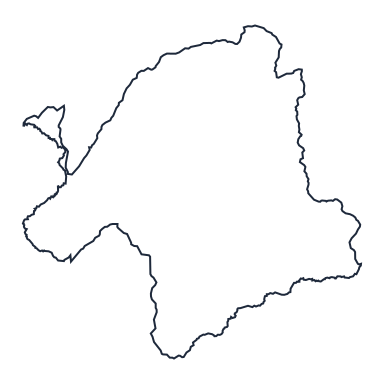 the district of Pensilvania, Caldas, Colombia
{"feature_id": "7082276B91355004650478", "entity_name": "Pensilvania", "entity_type": "district", "adm_level": 2, "iso_a3": "COL", "parent_name": "Colombia", "parent_adm1": "Caldas", "projection": "albers", "projection_center": [-75.149, 5.404], "detail": "fine", "context": "isolated", "style": "outline", "palette": "slate", "viewbox_px": 384, "rotation_deg": 0, "n_neighbors": 0, "source": "geoboundaries", "source_scale": "gbopen_adm2", "svg_char_len": 5868}
<svg xmlns="http://www.w3.org/2000/svg" viewBox="0 0 384 384"><path d="M23.5,125.6L24.2,125.7L25.3,123.5L26.9,125.0L27.6,123.7L29.0,123.4L30.6,124.3L34.1,124.8L35.1,125.8L34.2,126.7L34.3,127.3L37.1,127.3L38.1,129.1L39.3,128.7L40.2,129.6L40.2,130.9L41.3,131.5L42.3,133.5L43.9,133.2L46.1,135.3L48.5,135.9L48.6,138.0L50.0,137.8L50.2,139.0L51.7,139.0L52.3,140.0L53.1,139.1L54.4,139.1L54.6,140.7L55.8,141.2L57.3,143.8L58.2,147.5L60.3,146.7L61.5,147.8L62.8,147.2L65.0,149.4L65.3,151.1L65.3,152.1L63.5,154.2L63.9,155.5L62.3,158.1L59.8,158.6L59.3,160.7L58.1,162.3L59.2,163.2L59.6,165.0L63.1,168.6L63.3,169.5L65.0,170.7L66.2,176.6L65.6,183.6L63.7,183.3L63.3,185.3L61.8,185.6L60.8,187.2L59.3,187.3L58.4,186.2L57.9,186.4L58.1,190.8L57.6,192.1L56.7,192.5L56.9,193.5L56.4,194.2L55.3,193.9L54.8,194.3L55.3,194.9L54.4,196.3L53.9,196.6L53.3,196.2L53.0,197.2L51.3,196.4L50.2,198.7L49.4,197.9L48.2,198.4L47.1,200.2L44.1,203.0L40.7,204.5L38.9,206.7L36.9,206.3L36.3,208.2L34.8,208.7L35.5,209.4L35.1,210.5L34.0,211.0L33.8,214.2L31.6,214.8L29.9,216.2L27.9,216.3L27.4,217.7L27.9,219.2L25.0,219.4L24.1,220.3L23.0,223.3L23.7,223.6L23.5,224.4L24.3,225.1L23.9,226.7L24.3,227.6L25.2,228.7L26.7,229.1L24.8,232.3L25.4,233.9L26.7,235.0L26.1,236.1L26.9,236.8L26.7,237.5L27.5,239.1L29.2,240.0L32.5,243.9L32.9,245.1L35.4,247.0L35.3,247.8L36.7,248.3L38.5,250.2L40.2,251.2L42.1,250.5L43.1,251.4L44.1,250.5L44.7,251.0L48.6,251.3L51.7,252.7L53.0,255.8L54.3,257.3L55.8,257.6L58.1,260.5L63.9,261.1L64.4,259.9L68.7,257.5L70.4,255.3L71.0,261.6L81.1,249.5L83.2,248.6L84.7,246.0L93.3,241.0L95.2,237.8L99.2,235.6L99.8,234.2L100.0,231.1L102.0,229.1L104.8,226.9L107.3,226.7L110.2,224.5L112.6,224.0L117.5,224.0L117.3,226.8L118.1,228.0L123.8,233.0L127.1,234.0L131.1,242.6L131.2,244.3L134.2,246.0L137.2,246.2L141.5,254.3L149.0,255.3L150.1,256.7L150.4,274.1L151.5,276.1L153.5,277.6L156.4,282.4L155.2,285.1L152.2,288.1L150.9,293.5L151.0,296.4L151.9,299.4L155.7,303.5L155.7,307.9L156.6,309.6L156.7,312.2L153.9,319.6L155.5,328.4L150.8,333.5L152.5,336.7L154.0,342.0L160.7,350.5L161.8,353.8L163.0,354.4L166.9,354.6L169.7,357.6L172.5,357.7L174.0,358.5L178.6,355.6L180.1,355.8L182.1,357.2L183.7,357.0L186.5,352.5L189.9,350.2L190.8,346.8L193.6,345.2L193.0,342.5L196.5,339.9L196.9,338.8L198.6,338.3L199.5,336.6L203.3,334.6L204.7,334.8L208.2,333.4L212.1,334.2L213.9,335.3L214.4,336.2L216.2,336.1L217.9,334.7L219.8,334.9L221.5,334.1L222.7,332.5L222.6,330.9L223.4,329.1L224.3,328.6L224.6,327.6L227.1,326.9L227.7,326.0L227.4,322.1L228.2,320.8L228.3,319.0L230.6,318.7L231.1,316.9L232.5,318.0L235.0,317.2L235.7,315.7L234.7,314.5L234.8,313.4L236.6,312.2L237.4,310.4L237.3,309.2L238.0,308.3L240.5,308.1L248.0,305.8L252.4,307.1L254.3,305.7L256.0,306.5L258.7,305.4L260.0,305.7L261.6,303.9L263.2,303.5L263.6,301.9L264.7,300.8L264.2,299.2L264.9,296.2L266.8,295.9L266.8,294.2L268.5,294.2L270.2,293.1L273.0,293.8L275.1,292.4L281.7,294.7L284.3,294.8L287.4,293.9L288.8,292.5L290.4,292.1L290.6,288.7L294.0,282.9L295.9,282.9L296.9,281.7L298.0,281.9L298.5,281.2L299.4,281.6L299.6,279.9L300.8,278.5L301.8,278.8L303.3,278.2L303.7,279.7L305.9,280.0L309.1,278.9L310.9,279.3L312.2,278.9L312.3,280.5L314.2,280.0L315.5,281.2L316.2,280.6L317.1,281.1L318.4,280.6L318.9,281.2L320.8,281.5L323.9,279.2L324.9,279.2L325.4,278.1L327.3,277.6L329.6,278.2L330.2,277.4L331.9,277.1L334.7,277.7L335.0,278.4L335.8,278.5L337.4,276.3L340.7,276.4L341.4,277.1L344.1,276.4L344.6,277.5L349.0,278.0L350.0,277.1L353.1,276.3L354.9,273.8L356.4,274.2L358.9,269.2L359.3,267.3L360.8,265.6L361.0,263.8L359.2,264.4L357.9,263.8L355.2,259.0L355.1,252.0L353.9,250.1L350.8,248.1L349.5,242.3L351.6,238.3L356.0,233.6L358.0,229.4L359.9,226.7L360.2,224.6L357.9,220.8L356.4,219.9L355.3,217.5L353.1,215.7L350.0,214.2L345.6,213.3L342.5,211.1L341.6,209.3L342.4,206.2L341.3,202.6L337.2,199.5L335.1,199.2L332.9,200.9L331.3,200.4L328.0,200.7L326.4,201.5L326.0,200.9L322.2,200.5L321.2,200.7L320.3,201.7L318.6,201.6L314.0,199.7L308.3,193.3L308.1,191.2L307.1,189.3L308.5,184.7L308.6,182.9L307.8,181.3L308.5,179.1L306.7,176.3L306.5,173.7L304.4,171.3L305.4,166.9L304.2,165.1L299.9,162.1L300.5,159.3L303.0,158.2L302.3,152.5L304.2,150.5L303.2,148.2L299.1,145.4L297.7,142.6L298.3,139.2L300.3,136.2L301.2,135.9L301.6,134.7L298.9,132.2L299.4,129.5L298.8,125.9L299.1,123.4L296.9,119.4L296.5,116.1L297.4,114.8L297.2,111.6L295.8,110.1L296.3,108.7L295.6,107.2L298.2,104.7L297.2,100.2L298.2,98.3L299.4,97.4L302.2,97.0L304.7,94.1L303.8,90.4L304.3,85.6L303.7,83.0L302.7,81.1L301.1,79.7L301.8,77.3L300.9,74.2L301.9,71.1L301.8,69.6L298.6,69.2L294.2,70.9L293.2,73.0L291.2,73.6L286.6,73.7L278.5,77.7L276.8,77.3L276.1,72.2L274.6,70.9L275.3,68.8L275.0,67.9L276.3,65.6L275.4,62.7L278.7,57.4L279.0,51.0L279.8,49.0L281.2,47.5L281.5,44.5L279.6,43.5L276.0,37.0L272.3,34.6L271.6,33.1L266.6,31.1L263.7,28.1L255.0,25.5L251.9,26.5L248.0,26.2L243.8,27.4L244.7,30.3L244.5,32.2L241.3,34.5L241.0,37.7L239.5,41.7L237.1,44.0L235.3,43.9L232.6,42.3L229.0,41.6L227.7,42.0L225.5,40.2L222.6,40.1L219.0,41.1L216.7,40.6L211.3,43.4L210.2,42.9L203.4,43.1L200.2,45.0L190.9,46.9L188.6,48.6L185.1,48.3L179.2,52.4L175.7,53.7L166.9,53.6L163.5,55.2L160.8,57.2L159.0,62.0L155.7,66.1L155.5,67.3L152.4,69.5L151.2,69.7L148.0,68.1L143.8,70.9L141.4,70.8L138.2,72.8L137.1,74.6L136.7,77.9L132.8,79.7L129.9,84.8L126.6,88.4L123.9,94.0L122.5,100.2L118.9,102.8L118.7,105.2L116.3,108.1L113.2,115.8L111.4,117.8L110.3,120.3L105.5,122.6L102.4,125.0L101.5,126.9L101.4,129.2L97.8,133.4L97.0,135.5L97.3,138.2L93.7,144.0L92.1,145.2L91.2,147.5L89.1,147.3L89.7,149.9L86.4,155.5L84.1,158.1L79.1,166.3L71.9,174.5L67.8,173.9L67.9,172.1L65.7,167.7L65.9,162.9L68.0,151.6L66.5,149.2L62.8,145.8L61.2,142.4L61.2,138.9L59.6,136.4L60.5,129.7L60.3,128.5L58.7,127.0L58.7,125.4L62.9,117.1L64.3,109.9L63.9,105.8L57.1,110.5L53.5,107.1L50.5,107.4L47.8,107.0L41.9,112.8L38.1,117.9L36.2,116.3L34.2,115.7L26.8,118.9L23.7,122.9L23.5,125.6Z" fill="none" stroke="#1e293b" stroke-width="2"/></svg>